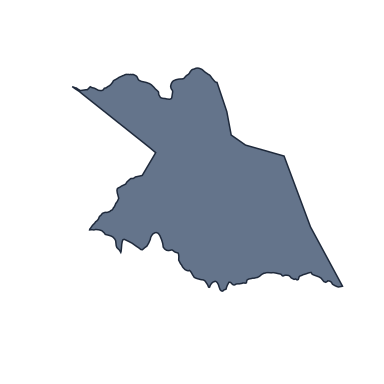 Cacoa, Vieux Fort, Saint Lucia, rotated 160°
{"feature_id": "8701671B96967747537750", "entity_name": "Cacoa", "entity_type": "district", "adm_level": 2, "iso_a3": "LCA", "parent_name": "Saint Lucia", "parent_adm1": "Vieux Fort", "projection": "equal_earth", "projection_center": [-60.937, 13.779], "detail": "fine", "context": "isolated", "style": "filled", "palette": "slate", "viewbox_px": 384, "rotation_deg": 160, "n_neighbors": 0, "source": "geoboundaries", "source_scale": "gbopen_adm2", "svg_char_len": 5951}
<svg xmlns="http://www.w3.org/2000/svg" viewBox="0 0 384 384"><g transform="rotate(160 192 192)"><path d="M82.8,52.0L92.6,118.7L93.2,194.3L125.7,217.8L135.7,232.1L131.8,255.6L131.0,286.4L131.4,286.6L132.2,287.2L132.6,287.7L133.0,288.6L133.8,290.7L134.0,291.4L134.3,292.1L134.8,294.0L135.2,295.3L135.6,296.0L136.8,297.4L137.5,298.5L138.2,299.4L139.1,300.8L140.2,302.9L140.7,303.7L141.1,304.2L141.6,304.6L142.7,305.6L143.0,305.8L144.0,306.4L144.5,306.6L145.2,306.8L146.6,307.0L147.4,306.8L148.7,306.9L149.3,307.0L150.0,306.9L150.6,306.8L151.6,306.2L152.5,305.7L153.7,304.6L155.1,303.8L157.0,303.4L157.4,303.3L158.1,303.0L158.6,302.7L159.8,302.1L160.0,301.9L160.9,301.5L161.5,301.5L162.6,301.6L163.9,302.1L164.6,302.2L165.3,302.5L165.8,302.6L167.7,302.9L169.1,303.0L170.0,302.9L170.7,302.9L171.5,302.8L172.1,302.6L172.7,302.3L173.2,301.9L173.7,301.5L174.2,301.1L175.2,299.8L175.5,299.3L175.9,298.7L176.0,298.2L176.2,296.8L176.2,296.1L175.9,294.9L175.7,294.1L175.7,293.6L175.8,293.1L176.1,292.4L178.4,288.2L178.9,287.4L179.2,287.1L179.6,286.9L179.9,286.8L180.9,286.8L181.3,286.8L181.6,286.9L182.0,287.1L182.5,287.4L183.3,287.8L183.8,288.0L185.2,289.0L187.2,289.9L187.7,290.2L188.7,290.9L189.1,291.4L189.4,291.9L189.5,292.4L189.9,294.8L189.9,295.3L189.7,296.0L189.5,296.3L189.4,297.0L189.3,297.5L189.5,298.1L189.9,298.9L190.6,300.3L191.1,301.1L191.4,301.9L192.0,303.5L192.4,304.4L192.8,305.1L193.2,306.0L193.5,306.6L194.8,308.3L195.2,308.7L195.9,309.2L196.9,310.1L197.7,310.7L200.5,312.5L201.5,313.1L202.1,313.6L202.5,314.0L203.7,315.3L203.9,315.7L204.1,316.8L204.2,318.4L204.3,319.1L204.5,319.7L204.8,320.2L205.6,321.1L206.1,321.7L206.6,322.1L207.1,322.6L207.6,322.8L208.0,322.8L208.3,322.9L208.8,323.1L209.4,323.5L210.1,323.6L210.8,323.8L211.3,324.1L211.8,324.4L212.3,324.5L213.0,324.7L213.4,325.0L214.2,325.1L215.2,325.1L216.2,324.9L217.7,325.0L218.5,324.8L219.4,324.8L220.9,324.7L221.8,324.6L222.7,324.3L224.7,323.9L225.5,323.8L226.9,323.6L227.8,323.4L228.4,322.9L229.1,322.2L229.7,321.9L230.1,321.6L231.3,320.9L231.8,320.6L232.4,320.4L233.3,320.1L235.8,319.7L236.5,319.3L237.6,319.3L238.9,319.5L239.4,319.1L240.5,318.4L241.1,318.2L241.6,318.2L242.4,318.3L243.1,318.5L243.6,318.8L244.9,319.4L245.4,319.8L247.3,322.0L248.3,323.0L250.3,324.3L251.6,325.7L252.9,325.1L255.4,323.9L256.4,324.3L262.2,325.5L264.3,328.0L265.0,329.2L265.8,329.6L268.5,332.0L266.5,329.0L263.5,325.0L261.7,321.9L260.6,320.1L254.6,310.3L217.2,249.2L212.7,241.4L214.8,239.6L233.1,224.6L234.3,224.7L236.5,225.0L240.0,225.5L242.4,224.8L244.9,225.6L246.6,225.0L249.7,223.7L251.7,222.1L256.1,221.7L258.0,221.2L260.2,221.0L261.2,220.5L262.0,219.1L262.6,216.3L262.6,215.5L263.0,211.2L263.7,210.4L265.2,208.9L266.8,207.7L267.4,207.5L268.6,206.1L270.2,204.5L271.1,204.2L271.7,203.4L273.4,202.4L274.8,202.3L275.9,201.8L278.2,201.8L279.3,202.0L280.0,202.4L280.8,202.6L283.5,202.6L285.9,201.1L287.1,200.8L288.0,200.0L288.6,199.2L289.6,198.3L291.5,197.3L292.8,197.0L293.5,196.4L294.5,195.8L296.5,194.9L297.2,194.5L300.1,192.4L300.8,192.1L301.2,191.4L298.9,190.8L297.2,189.9L295.3,189.7L292.2,188.2L290.0,186.5L288.5,183.7L288.0,181.8L285.6,180.2L283.6,178.7L282.6,177.8L281.6,176.5L280.7,174.3L280.4,172.5L280.6,171.5L281.6,167.4L281.6,165.5L280.8,163.7L280.0,162.1L279.6,159.6L278.9,160.5L277.6,163.2L275.9,166.9L274.4,169.5L273.2,170.8L272.6,170.8L271.7,170.6L268.3,167.1L265.9,164.5L262.7,159.8L261.3,158.0L259.7,155.4L258.4,154.7L256.6,155.4L255.3,155.9L253.0,156.5L250.2,158.8L247.5,161.6L246.4,163.4L245.4,164.4L243.3,165.9L240.9,166.4L239.4,166.1L238.1,165.0L237.6,163.9L237.1,162.0L236.9,157.5L237.1,153.8L237.6,151.3L237.9,150.1L237.2,147.8L235.9,146.0L234.2,145.0L232.7,144.7L230.8,144.5L230.2,144.0L228.8,141.7L227.7,140.7L226.7,140.0L225.9,139.3L225.9,138.3L226.4,136.0L227.8,132.6L227.3,128.4L226.8,127.2L226.5,124.9L226.1,123.7L225.1,121.5L223.9,120.2L222.5,119.2L221.2,119.2L220.6,118.0L220.4,117.3L220.2,116.8L219.9,114.8L219.8,114.0L219.6,113.3L219.4,112.5L219.4,112.2L219.3,111.6L218.9,110.8L218.5,110.4L217.6,109.5L217.2,109.2L216.6,108.7L215.4,107.9L214.5,107.2L213.4,106.5L211.8,105.7L211.3,105.4L210.9,104.9L210.5,104.4L210.1,103.7L209.1,99.6L209.0,98.7L209.0,97.3L208.9,96.9L208.6,96.6L208.3,96.5L207.7,96.8L207.4,97.3L207.2,97.6L206.1,98.6L204.9,99.4L204.3,99.7L203.5,100.0L202.7,100.2L202.3,100.2L201.9,100.1L201.7,100.1L201.3,100.2L200.8,100.2L200.3,99.8L200.0,99.5L199.7,99.2L199.5,98.7L199.2,98.0L199.1,97.0L198.9,96.2L198.9,95.5L199.0,94.0L199.0,93.0L199.0,92.2L199.0,91.0L198.9,90.4L198.8,90.1L198.4,89.4L198.3,89.1L197.6,88.6L197.2,88.4L196.6,88.5L195.5,89.0L194.7,89.1L193.9,89.0L193.0,89.2L192.9,89.5L192.6,90.0L191.5,91.4L190.9,92.0L190.3,92.7L189.8,93.1L189.1,93.6L188.7,94.1L188.4,94.4L188.1,94.6L187.0,94.1L186.6,93.7L186.3,93.1L186.1,92.5L185.8,91.9L185.5,91.4L185.2,90.9L184.7,90.5L184.1,90.2L183.5,90.1L182.6,90.3L182.0,90.4L180.8,90.2L180.2,89.9L179.6,89.8L179.0,89.5L177.7,89.3L177.1,89.2L176.3,89.0L175.5,89.1L175.0,89.0L174.3,88.7L172.8,88.0L172.3,88.0L171.9,88.1L170.9,89.9L170.4,90.4L170.1,90.5L168.8,90.8L167.5,90.7L166.1,90.4L164.6,90.3L163.2,89.8L162.5,89.7L161.2,89.6L159.6,89.3L158.7,89.5L158.0,89.6L157.3,89.7L156.9,89.9L156.5,90.0L155.0,90.6L153.6,90.9L152.9,90.9L152.4,91.1L151.9,91.0L151.3,90.8L150.7,90.8L150.2,90.8L149.1,90.6L147.3,89.9L146.0,89.3L145.1,88.9L144.5,88.8L143.8,88.6L142.9,88.3L142.4,88.0L140.7,87.0L138.9,85.8L138.4,85.5L138.0,85.3L137.5,85.0L137.1,84.7L136.5,84.2L136.2,83.6L136.0,82.9L135.7,82.3L135.2,82.0L134.6,81.9L134.0,82.0L133.5,82.0L132.9,81.9L132.3,81.8L131.5,81.4L130.5,80.9L129.9,80.6L129.6,80.3L129.1,79.7L128.8,79.2L128.2,77.4L126.0,75.0L124.3,74.8L123.7,73.8L123.0,73.4L122.0,73.5L121.4,74.3L120.4,75.6L119.5,76.1L117.1,76.1L116.4,76.3L112.8,76.1L109.9,76.1L107.6,75.7L107.2,73.6L106.0,72.4L101.6,68.7L100.2,66.9L98.7,62.7L97.2,61.4L95.5,61.7L94.7,62.1L92.9,61.0L91.9,59.6L91.5,57.3L90.0,55.4L88.4,53.8L87.0,52.7L85.4,52.4L83.2,52.0L82.8,52.0Z" fill="#64748b" stroke="#1e293b" stroke-width="1.5"/></g></svg>